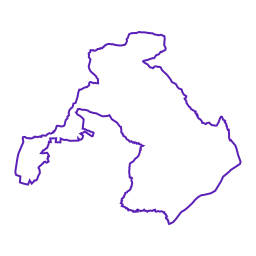 Risaralda, Caldas, Colombia
{"feature_id": "7082276B60229328321476", "entity_name": "Risaralda", "entity_type": "district", "adm_level": 2, "iso_a3": "COL", "parent_name": "Colombia", "parent_adm1": "Caldas", "projection": "mercator", "projection_center": [-75.767, 5.114], "detail": "fine", "context": "isolated", "style": "outline", "palette": "violet", "viewbox_px": 256, "rotation_deg": 0, "n_neighbors": 0, "source": "geoboundaries", "source_scale": "gbopen_adm2", "svg_char_len": 5814}
<svg xmlns="http://www.w3.org/2000/svg" viewBox="0 0 256 256"><path d="M65.7,120.2L64.4,125.5L62.5,126.4L60.7,126.4L58.3,125.8L56.8,125.9L55.7,129.1L54.5,131.2L53.6,131.3L53.6,132.1L53.1,132.2L53.1,132.6L50.8,133.6L49.7,133.2L48.8,133.4L47.4,134.2L46.0,135.7L42.2,135.4L41.8,135.8L41.3,137.0L40.8,136.9L40.2,136.3L38.1,137.1L37.4,137.1L36.4,136.7L35.0,137.0L34.6,136.8L34.4,137.3L33.4,137.3L32.4,138.2L30.7,138.5L29.6,138.1L29.0,138.4L26.5,138.0L24.9,136.9L22.9,137.2L22.8,139.0L23.4,141.9L18.5,153.4L17.4,158.3L15.5,170.3L15.4,172.3L15.8,174.1L16.2,175.0L20.4,176.4L19.9,182.4L23.9,183.7L28.0,184.6L29.7,180.4L31.7,183.6L34.0,181.3L34.3,180.6L35.1,180.3L35.8,180.5L37.1,179.5L38.1,176.3L39.9,172.9L39.5,169.6L38.5,167.8L38.7,167.4L39.5,166.3L41.3,165.0L42.2,163.8L43.3,163.3L43.7,162.2L45.1,161.6L46.7,162.7L48.6,161.5L47.4,158.4L48.2,157.7L48.0,156.6L49.0,156.2L48.3,154.4L47.1,152.8L42.9,153.3L41.1,153.1L43.2,150.3L43.8,150.5L45.7,148.7L47.3,147.8L47.6,146.4L48.6,144.4L48.9,141.8L50.8,142.1L50.1,138.5L56.2,138.3L55.7,142.2L60.4,142.4L60.7,138.5L63.8,139.9L64.8,140.0L66.3,139.7L68.6,140.5L70.2,140.8L78.4,140.6L78.3,138.3L79.6,139.8L80.7,139.7L81.8,139.0L82.5,138.1L83.1,135.6L80.4,133.7L81.6,133.0L82.4,133.1L84.7,131.6L91.8,136.2L92.6,136.2L93.5,133.5L93.5,132.6L89.6,131.3L89.0,130.7L87.6,130.7L85.9,129.6L83.5,128.7L82.7,128.7L83.7,119.4L82.8,118.3L81.0,116.7L79.8,115.8L77.6,114.6L76.0,112.4L76.7,112.1L77.4,110.2L78.0,109.7L77.9,109.2L79.3,108.9L82.4,109.8L84.7,109.8L87.1,110.3L88.0,110.6L90.0,112.0L93.8,113.0L96.2,113.3L100.3,115.4L102.8,116.3L107.7,116.0L109.4,115.2L111.9,119.3L116.9,122.5L119.7,126.3L121.1,127.1L120.9,127.9L121.3,129.1L121.3,132.3L122.5,133.3L122.5,134.3L123.2,134.7L123.2,135.8L125.3,136.9L126.0,137.7L126.4,138.9L126.8,139.3L128.8,140.3L129.6,141.6L130.2,141.7L131.3,141.2L132.9,142.7L133.4,142.7L133.9,142.2L134.5,143.1L135.4,142.5L136.4,142.9L136.9,143.7L137.9,143.3L138.3,143.6L138.7,143.2L139.7,144.3L141.1,144.6L141.5,145.3L143.1,145.8L142.8,146.0L141.7,145.8L140.4,148.0L140.4,148.4L140.8,149.0L140.5,149.6L140.6,150.1L139.9,150.4L139.8,152.2L138.7,155.5L136.8,157.7L135.4,158.5L133.4,161.3L130.4,163.1L129.8,164.1L129.7,166.1L129.3,167.6L129.5,169.0L129.1,171.8L129.6,175.4L129.6,177.0L129.9,177.5L131.4,177.5L132.0,178.3L131.5,178.8L131.4,179.7L131.6,181.5L132.0,182.1L132.2,183.6L131.5,185.7L131.6,186.5L131.0,187.0L130.5,189.1L129.4,190.3L127.4,191.5L126.8,192.5L125.3,192.9L124.9,194.6L124.0,196.0L124.1,196.9L123.4,197.2L123.1,197.9L121.8,198.8L121.7,199.3L122.1,200.5L121.9,200.9L121.4,201.1L121.6,202.5L120.9,203.2L122.6,204.5L122.7,205.0L121.9,206.1L124.5,206.9L125.2,207.3L126.0,208.3L126.8,208.0L127.9,208.8L127.6,209.2L128.4,210.4L130.0,209.9L132.1,210.7L132.8,210.6L133.3,211.8L134.2,211.3L134.8,211.8L135.1,211.6L135.7,211.7L136.1,211.4L137.3,211.6L137.2,211.1L136.5,210.5L137.4,209.6L138.3,209.8L138.9,210.6L139.8,210.6L140.5,211.2L141.0,210.9L143.2,210.6L144.1,209.7L145.1,210.9L146.5,210.8L147.3,211.7L148.3,210.9L149.2,210.9L149.7,210.6L150.2,210.5L152.3,211.0L153.6,210.0L155.1,209.7L155.3,209.9L155.1,210.9L156.0,211.7L158.5,211.1L159.9,211.6L161.4,211.2L163.1,212.0L164.3,212.2L164.2,213.4L165.7,214.1L166.2,215.5L166.9,216.2L166.6,216.9L165.9,217.4L165.9,218.1L166.3,218.6L167.6,219.3L167.6,220.4L168.4,221.0L168.4,222.4L169.1,224.0L171.9,222.8L173.3,222.0L175.7,219.3L180.5,212.9L181.7,211.7L184.5,210.1L187.4,207.8L192.2,203.3L195.4,199.5L197.8,197.4L200.5,195.6L202.0,195.1L203.4,195.0L208.3,193.9L211.2,193.1L215.2,190.8L221.1,181.2L223.1,176.7L229.0,171.9L230.6,170.1L239.9,164.0L240.6,161.8L237.9,154.3L236.8,149.7L235.4,145.5L231.6,141.1L231.0,140.1L230.0,140.4L229.3,138.6L229.0,137.0L229.1,135.6L228.8,129.8L227.9,130.0L227.2,128.3L226.9,126.2L226.2,125.7L226.4,124.5L226.2,123.9L225.9,123.2L224.8,122.5L225.2,120.8L224.1,120.5L223.9,120.0L223.1,119.7L222.1,117.0L221.3,116.6L220.9,116.8L220.0,118.4L218.6,122.3L216.7,125.5L215.8,125.7L211.7,125.0L210.3,123.9L209.2,122.6L206.7,123.2L205.8,124.1L203.3,122.9L202.1,122.8L202.0,121.7L201.4,120.7L199.8,119.0L199.0,118.7L197.8,117.3L196.9,115.4L197.6,115.3L196.8,113.7L196.1,113.6L196.1,113.8L195.7,113.3L195.9,113.2L195.1,111.7L195.4,111.4L193.1,110.3L190.8,108.8L190.2,107.3L189.1,106.8L186.4,102.8L186.4,101.4L186.2,100.9L185.0,99.4L184.6,98.6L185.8,97.9L186.3,96.2L183.7,94.5L182.1,91.5L181.9,90.3L181.4,89.3L178.9,88.5L177.6,87.2L175.9,84.1L171.7,81.9L170.9,79.9L167.3,75.1L162.1,70.2L160.6,67.4L159.7,66.9L159.1,66.8L158.3,67.0L156.3,66.3L154.5,66.6L153.0,68.2L152.0,67.7L149.9,67.3L148.7,65.7L147.3,64.2L145.1,63.1L143.3,61.7L143.1,61.2L143.8,60.8L148.0,59.8L152.3,58.2L153.8,58.2L154.4,57.9L155.9,55.5L156.3,55.1L158.2,54.6L158.9,54.2L160.7,51.8L161.7,52.0L161.8,51.7L165.3,50.0L165.7,48.5L165.6,47.9L164.3,45.3L164.2,44.1L164.5,43.2L164.3,42.7L164.7,38.7L164.4,36.4L164.2,36.0L162.7,35.6L161.2,34.8L158.5,35.2L154.5,34.4L152.6,33.3L149.9,33.2L149.4,32.9L148.2,33.1L146.7,32.6L143.4,32.3L141.5,32.4L139.7,32.0L138.7,32.1L136.9,32.9L131.4,33.2L129.1,34.2L127.8,37.9L126.6,39.2L127.0,40.9L126.1,43.3L125.1,44.6L124.3,45.0L123.9,44.8L122.3,45.4L119.3,45.5L114.8,44.9L113.1,44.2L111.5,44.3L109.7,43.9L108.0,44.0L105.4,45.0L104.8,45.9L103.8,46.4L103.7,46.9L102.8,47.4L102.2,48.3L101.0,48.1L100.1,48.3L99.9,48.9L97.5,49.0L97.0,49.7L95.6,50.5L94.5,50.7L93.8,50.7L93.0,50.1L92.5,50.4L90.6,50.1L90.4,50.3L90.2,52.1L88.7,53.2L89.0,55.7L88.8,57.1L90.4,59.3L90.4,60.1L88.7,66.4L89.1,68.3L90.6,71.4L95.8,75.9L96.8,77.9L97.9,79.0L98.1,83.3L97.2,83.1L96.1,83.2L94.8,82.8L93.5,83.2L90.8,82.0L90.2,82.1L89.5,82.5L89.2,83.0L89.2,85.0L87.1,87.0L86.0,87.1L83.9,87.9L80.6,89.7L79.3,89.6L78.4,92.2L77.5,96.9L75.6,102.9L73.4,103.6L72.7,106.7L72.1,107.6L71.2,108.1L69.4,110.2L68.7,112.8L69.0,115.3L67.8,116.3L67.4,116.8L67.4,118.6L66.6,119.1L65.7,120.2Z" fill="none" stroke="#5b21b6" stroke-width="2"/></svg>